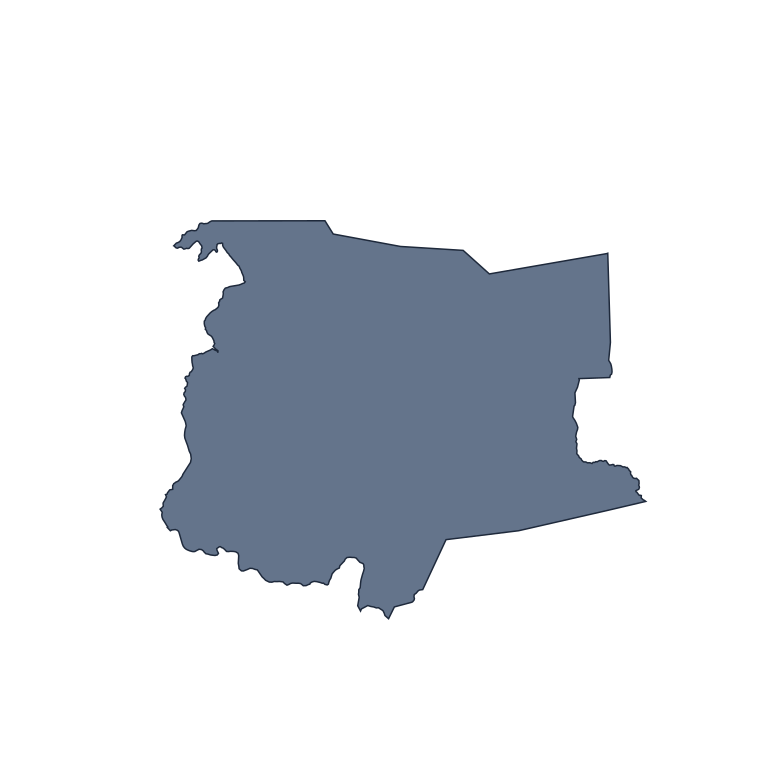 outline of San Francisco Sola, Oaxaca, Mexico, rotated 331°
{"feature_id": "50627088B91493319317799", "entity_name": "San Francisco Sola", "entity_type": "district", "adm_level": 2, "iso_a3": "MEX", "parent_name": "Mexico", "parent_adm1": "Oaxaca", "projection": "robinson", "projection_center": [-96.931, 16.519], "detail": "fine", "context": "isolated", "style": "filled", "palette": "slate", "viewbox_px": 768, "rotation_deg": 331, "n_neighbors": 0, "source": "geoboundaries", "source_scale": "gbopen_adm2", "svg_char_len": 6147}
<svg xmlns="http://www.w3.org/2000/svg" viewBox="0 0 768 768"><g transform="rotate(331 384 384)"><path d="M412.3,228.2L411.5,212.6L312.5,157.9L310.6,157.7L307.8,158.0L306.7,157.7L306.0,157.3L304.0,156.5L303.3,155.6L302.1,154.7L300.8,154.4L299.2,155.2L297.3,157.3L295.9,158.0L294.3,158.7L292.6,158.1L290.3,156.4L286.8,155.5L285.4,155.4L281.9,156.9L280.0,155.8L279.2,156.4L278.4,158.0L277.4,158.7L276.4,159.5L274.4,160.4L272.2,160.4L270.7,160.1L267.1,161.2L267.5,161.8L267.9,163.7L268.9,164.9L269.6,165.2L270.6,165.0L272.7,165.8L273.2,166.3L274.3,169.0L275.3,169.3L277.1,169.6L277.8,170.2L278.6,170.7L279.6,170.8L285.1,168.9L289.1,168.1L290.2,168.6L290.9,169.7L291.2,173.4L291.6,174.4L290.8,176.9L289.9,177.2L289.1,178.2L288.7,179.3L288.2,180.1L287.4,180.8L284.8,181.7L283.9,182.5L283.5,184.0L282.1,184.8L281.5,185.6L281.6,186.8L284.1,187.1L285.0,187.4L289.6,187.4L291.9,186.4L292.9,185.6L294.0,185.2L299.3,183.8L300.4,184.1L301.0,184.9L301.2,185.7L301.1,186.8L301.5,187.5L302.3,187.5L302.9,186.8L303.2,186.0L303.2,184.9L304.0,183.0L305.1,181.9L305.4,181.2L306.6,180.8L308.1,181.2L309.3,181.9L310.1,181.8L311.0,182.7L310.1,184.6L309.9,186.0L310.0,187.3L310.5,190.8L310.6,193.0L311.3,195.1L311.2,196.8L311.6,198.0L312.3,202.0L313.2,205.9L313.7,209.1L314.4,210.8L314.1,212.6L314.1,215.9L313.7,217.4L313.4,220.6L313.2,221.9L312.9,222.8L311.6,225.4L312.2,227.3L310.7,227.9L308.7,227.5L307.6,227.5L305.1,227.1L296.9,224.2L295.8,223.9L294.4,223.9L291.7,223.2L289.8,224.0L287.9,225.4L287.4,226.8L286.5,228.1L284.5,230.5L283.4,230.7L282.7,230.6L281.2,230.8L280.2,232.0L278.7,232.8L277.8,235.0L276.4,236.3L275.1,236.7L272.1,237.2L271.1,237.0L269.0,237.1L266.6,237.5L261.6,239.2L259.8,240.2L258.5,241.5L257.3,241.9L256.0,244.2L255.3,246.4L255.2,248.4L254.2,249.6L254.7,251.0L254.3,252.7L254.2,254.4L254.4,255.2L256.1,258.3L256.4,259.9L256.2,263.8L255.6,265.1L255.6,266.5L254.0,267.7L252.8,268.2L253.8,272.1L254.9,274.4L253.9,276.1L254.2,274.3L253.3,273.3L252.6,272.4L251.0,269.9L248.7,270.1L243.4,269.6L242.2,269.8L240.8,269.8L239.7,269.5L239.4,268.8L238.6,268.7L237.4,268.1L236.6,268.0L235.5,268.2L231.4,267.1L230.4,266.5L229.0,267.2L227.3,270.5L226.5,272.3L226.2,273.5L225.6,274.9L225.0,277.5L223.5,278.7L221.4,279.8L220.1,279.7L218.7,280.8L217.9,282.1L216.2,282.2L215.0,281.5L213.9,281.5L212.8,282.4L213.0,283.4L212.5,285.8L212.9,287.4L211.8,289.0L210.6,290.4L208.8,290.6L207.5,291.2L207.6,292.8L206.6,294.2L204.9,294.8L203.8,296.1L203.6,298.1L203.9,299.3L203.6,300.6L203.0,302.0L201.2,302.9L198.4,304.6L198.0,305.8L197.9,306.8L197.0,307.6L194.6,309.3L192.8,311.0L192.0,320.4L191.6,321.9L190.7,324.7L188.2,327.2L186.3,329.6L184.6,332.2L183.6,334.7L182.9,339.1L182.4,342.5L181.1,348.2L180.9,351.6L179.2,355.9L176.7,358.8L164.1,365.6L163.7,366.1L162.2,367.1L157.4,369.0L156.1,369.1L154.0,368.9L152.9,369.2L151.8,369.2L150.9,369.9L150.0,370.3L148.1,373.7L145.3,372.7L141.9,374.2L140.7,375.2L139.3,374.8L139.1,376.9L138.9,377.0L138.8,377.4L136.9,378.7L134.8,380.0L133.5,380.7L132.9,381.3L131.7,383.9L129.7,384.6L127.5,384.9L127.8,388.3L127.7,389.0L126.6,390.1L126.3,390.6L125.8,391.6L125.3,393.1L125.0,395.2L125.3,399.1L125.4,402.6L125.6,404.1L124.9,404.3L126.0,408.8L127.6,408.8L130.9,410.1L132.3,411.7L132.7,412.6L132.8,414.2L130.1,426.0L129.8,428.5L130.1,430.7L130.8,432.5L131.6,433.7L133.1,435.6L135.0,437.5L136.0,438.2L137.3,438.8L140.4,438.8L141.5,438.9L142.0,438.8L144.1,440.3L145.1,442.4L145.3,444.3L145.7,445.2L145.9,446.1L147.3,447.2L149.5,449.5L153.1,452.1L154.1,452.3L155.1,452.7L156.5,452.2L157.1,451.9L157.3,448.6L157.9,446.9L159.1,446.7L160.0,446.7L161.0,446.5L161.7,446.7L162.2,447.1L162.5,448.1L163.7,449.5L164.4,451.3L165.1,454.1L166.6,455.1L168.6,455.9L171.1,457.4L172.9,458.8L174.3,461.3L173.7,463.7L169.6,470.2L168.6,473.2L167.7,475.3L168.7,478.3L170.4,479.4L174.7,480.0L177.4,480.2L179.6,481.6L181.3,483.6L183.1,485.2L183.9,493.6L184.7,496.0L185.3,498.3L187.6,501.6L189.9,503.0L192.2,503.5L194.5,504.9L196.8,506.0L199.7,508.1L200.3,510.3L201.6,512.9L203.6,513.2L205.7,513.2L207.6,513.8L210.6,515.7L212.8,516.9L214.3,518.1L215.1,519.9L215.6,521.3L218.2,522.6L220.4,522.7L222.1,523.1L223.2,522.3L225.3,522.3L227.3,522.8L229.4,524.3L231.9,526.6L233.4,528.3L234.6,528.9L235.1,530.5L236.9,532.2L238.3,532.1L239.6,530.7L241.3,529.2L243.3,528.1L246.6,524.9L249.2,523.9L251.3,523.2L253.6,523.1L255.7,523.3L257.3,521.5L263.5,519.6L265.1,518.4L267.4,517.8L270.1,518.9L272.1,520.3L273.9,521.3L275.3,522.8L275.7,525.0L276.5,528.3L278.6,530.9L278.6,532.5L277.7,534.3L277.5,535.5L275.3,537.9L273.0,540.0L268.9,544.2L267.1,546.6L264.4,550.6L262.2,551.7L260.9,554.0L259.7,555.5L258.9,558.5L253.5,565.2L253.4,571.2L255.2,569.8L262.4,569.9L264.6,572.2L266.9,574.0L268.7,576.1L270.7,577.0L273.2,581.7L273.1,584.3L272.6,587.0L274.2,591.5L285.0,584.0L302.7,588.4L303.7,588.3L305.6,587.5L306.6,586.4L307.0,584.7L308.4,582.8L310.6,582.6L313.5,581.5L315.1,581.4L318.2,582.6L362.8,550.2L430.6,577.6L518.1,602.9L556.0,613.6L555.4,612.1L554.6,611.1L553.7,608.3L555.0,606.3L554.4,605.7L553.3,605.1L553.0,603.7L552.7,601.3L552.2,600.3L552.6,599.4L555.7,599.6L557.1,598.5L557.6,597.3L557.7,595.9L558.7,595.0L560.1,592.2L560.0,591.4L559.6,590.7L559.2,588.9L557.8,588.4L556.6,587.3L556.2,586.0L556.3,583.9L555.9,583.0L556.4,581.4L557.2,580.4L556.6,578.4L556.7,577.2L556.1,574.8L555.3,574.7L554.4,573.2L552.7,572.3L551.3,570.1L548.3,568.2L546.2,567.9L545.7,567.3L545.9,565.9L544.9,565.2L543.8,565.0L542.0,564.3L541.6,563.7L541.3,562.3L541.0,558.8L539.9,558.0L538.3,558.0L537.7,557.5L536.9,556.2L535.3,555.4L532.7,555.4L531.6,554.6L530.2,554.7L529.0,553.9L527.4,554.4L526.0,552.8L525.0,552.2L523.7,551.6L522.8,550.1L520.7,548.8L520.0,546.5L520.1,544.9L519.2,543.0L519.4,541.2L518.8,538.4L520.4,536.0L521.2,533.5L523.8,529.9L523.8,527.5L525.7,525.9L526.3,522.7L529.1,519.4L531.2,517.6L532.5,515.9L533.2,511.6L533.3,508.3L533.0,504.7L533.3,503.7L539.6,495.4L540.5,495.2L542.4,493.2L546.7,484.3L551.7,480.6L556.7,475.3L557.1,473.8L584.6,487.8L586.3,485.9L587.8,485.7L589.3,484.0L590.5,481.5L591.6,478.4L592.1,476.3L592.0,472.2L602.2,457.4L643.1,378.1L641.9,377.9L529.5,338.8L518.0,305.5L465.1,271.7L412.3,228.2Z" fill="#64748b" stroke="#1e293b" stroke-width="1.5"/></g></svg>